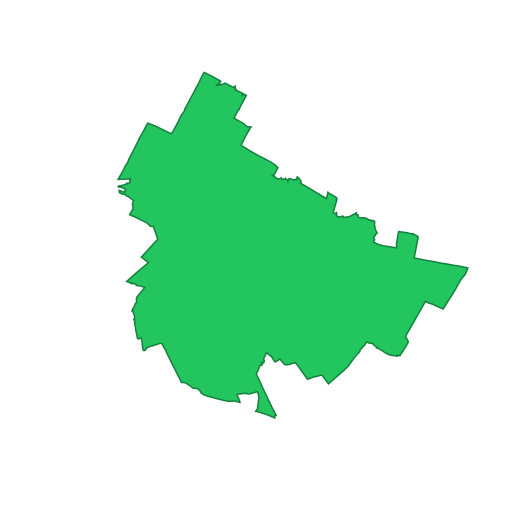 outline of Gorbanesti, Botosani, Romania, rotated 137°
{"feature_id": "2599482B80861129440907", "entity_name": "Gorbanesti", "entity_type": "district", "adm_level": 2, "iso_a3": "ROU", "parent_name": "Romania", "parent_adm1": "Botosani", "projection": "albers", "projection_center": [26.871, 47.774], "detail": "fine", "context": "isolated", "style": "filled", "palette": "green", "viewbox_px": 512, "rotation_deg": 137, "n_neighbors": 0, "source": "geoboundaries", "source_scale": "gbopen_adm2", "svg_char_len": 6133}
<svg xmlns="http://www.w3.org/2000/svg" viewBox="0 0 512 512"><g transform="rotate(137 256 256)"><path d="M384.3,300.3L384.0,298.4L384.9,297.1L385.6,295.4L386.5,293.9L387.8,292.9L388.5,293.1L388.8,292.8L389.1,291.7L389.1,290.8L389.3,290.1L389.5,289.9L390.3,290.0L390.7,289.6L392.5,286.5L392.8,285.8L393.5,285.4L395.8,281.7L397.1,279.3L398.5,277.4L398.9,276.4L398.7,275.8L398.2,275.4L396.0,274.8L397.2,272.0L400.8,267.1L402.8,263.8L402.2,263.0L400.7,262.5L399.8,263.2L398.7,263.3L396.5,262.5L395.8,262.5L393.3,261.2L392.9,260.7L390.7,260.1L388.3,258.5L387.6,258.5L386.1,257.8L385.6,257.4L384.5,255.9L385.5,252.9L386.2,249.6L386.1,248.8L387.2,246.8L395.0,220.4L395.3,219.4L395.3,218.7L396.7,214.4L394.6,212.0L394.1,211.2L392.4,204.5L392.3,203.0L392.1,202.4L391.0,200.8L389.8,199.6L389.6,199.8L389.3,199.2L388.9,195.5L389.5,193.4L389.0,190.5L387.4,187.2L384.8,182.9L379.0,173.8L375.2,168.5L374.3,167.5L370.4,164.6L369.8,163.1L368.4,161.3L367.7,159.8L367.4,160.0L366.4,162.1L364.6,167.6L363.5,167.3L358.8,163.9L356.7,161.9L355.5,160.1L354.5,159.4L347.6,155.9L348.4,153.7L349.4,151.9L351.0,149.9L355.1,146.7L359.4,143.0L360.8,143.0L362.2,142.6L361.3,141.5L356.7,133.5L352.7,124.8L351.2,126.3L350.0,125.6L347.8,133.5L343.1,148.6L337.1,166.6L336.6,169.2L327.1,173.4L326.4,172.1L325.2,172.5L324.6,173.6L324.5,174.2L323.7,172.9L323.3,172.6L323.0,172.7L321.5,173.6L320.4,175.7L319.7,176.2L318.1,176.5L317.3,177.0L316.2,177.2L315.8,177.7L315.1,177.6L314.7,177.9L314.0,177.8L313.9,175.1L313.6,173.2L313.2,171.8L313.9,168.9L314.4,165.6L313.3,165.1L310.0,164.5L309.3,164.7L308.8,164.5L309.1,159.3L309.1,157.1L308.3,155.9L305.8,154.0L303.3,152.9L299.9,151.0L300.4,146.0L302.4,130.7L297.5,128.7L289.0,124.0L290.2,113.1L270.8,112.4L263.7,112.5L252.0,114.8L245.2,115.3L244.2,116.2L243.8,116.4L242.1,116.3L241.1,116.6L239.2,116.8L236.7,116.7L235.9,117.2L233.4,117.5L233.1,117.4L232.9,116.8L233.1,116.4L232.9,115.5L231.6,113.8L230.6,113.1L230.5,110.0L230.1,108.6L230.0,108.0L230.1,107.5L229.9,107.2L230.7,106.8L229.9,105.6L229.1,103.4L228.1,100.1L227.6,97.4L226.8,95.5L226.8,94.8L226.1,93.0L225.4,92.0L224.6,91.5L224.5,90.8L224.2,90.3L223.8,89.8L222.8,89.1L222.5,88.3L222.1,87.9L221.2,86.4L219.7,86.9L219.0,84.9L208.8,87.4L203.3,89.2L202.6,90.7L201.6,95.0L198.7,96.1L185.1,100.3L163.0,107.3L161.8,103.9L159.6,100.1L158.5,97.2L155.3,89.6L134.8,95.0L122.3,99.0L116.6,99.8L116.5,99.6L111.4,101.6L109.2,102.8L113.7,109.3L117.0,113.4L122.7,121.1L125.1,124.0L131.4,132.8L134.4,136.6L141.6,146.7L124.5,159.2L124.3,160.0L125.0,162.4L125.9,164.2L125.8,165.3L126.5,165.5L127.9,167.2L129.5,169.8L135.0,176.6L143.8,170.1L145.4,168.6L146.7,166.9L148.1,166.5L154.3,174.7L156.2,176.7L157.0,178.5L159.2,182.1L159.9,184.6L160.7,185.6L160.3,186.2L159.1,186.8L158.2,186.8L158.0,187.2L158.1,188.2L157.6,189.1L156.6,189.2L155.4,189.8L154.7,189.7L153.5,190.2L151.6,190.2L151.2,192.1L150.3,194.8L148.8,196.6L147.6,198.9L146.5,199.2L145.6,200.5L145.8,201.1L146.1,202.3L147.4,203.0L147.9,203.7L147.8,204.1L148.3,204.7L148.3,205.1L149.2,206.1L149.1,206.5L149.4,207.2L149.4,207.7L149.6,208.1L149.6,208.5L150.5,209.6L151.3,209.6L151.3,210.1L151.2,210.4L151.4,210.9L153.1,212.1L154.8,214.5L153.3,216.5L154.6,218.0L154.0,218.8L153.4,218.7L153.1,219.2L155.2,219.6L159.6,220.7L162.0,221.7L163.5,223.1L164.3,223.3L165.0,224.0L165.4,224.2L165.2,224.8L165.3,225.2L165.2,225.9L167.3,227.1L169.4,228.6L169.5,229.7L169.3,230.7L169.6,230.7L167.7,232.4L167.5,232.8L169.1,233.1L170.1,234.9L168.5,236.0L158.0,242.3L158.3,243.1L157.3,243.8L157.6,244.6L157.7,245.8L158.7,248.2L158.8,249.4L159.8,251.5L159.9,253.5L165.3,249.9L170.9,269.3L173.3,277.3L173.9,278.8L172.5,279.4L171.9,280.5L171.9,281.5L171.5,283.3L171.9,283.6L172.0,284.0L171.7,284.7L171.8,285.6L172.0,285.8L172.3,285.7L174.0,284.0L174.9,284.7L174.9,285.1L175.3,285.2L175.8,285.7L176.0,285.6L176.6,286.2L178.9,290.1L181.9,288.7L181.2,290.2L181.1,290.5L181.6,291.7L181.4,292.7L182.4,292.6L183.1,293.4L184.5,293.6L184.7,294.1L184.6,295.1L184.1,295.9L185.8,296.2L187.6,297.6L188.1,299.8L188.3,301.8L189.1,303.6L187.2,303.1L179.7,305.6L179.9,306.1L180.0,307.3L179.7,308.0L180.8,313.5L183.5,321.6L185.3,326.3L188.7,337.1L191.4,346.9L188.8,348.2L183.7,350.1L175.7,352.7L174.9,352.6L174.4,353.2L173.3,353.5L171.6,353.7L173.6,355.7L174.5,357.4L174.7,358.7L174.5,359.4L175.2,363.0L177.3,369.2L177.9,371.9L170.2,374.6L168.5,375.0L168.4,374.6L166.8,375.3L166.8,375.5L153.5,380.1L154.2,382.3L156.6,382.8L154.8,383.9L154.8,384.1L156.1,387.5L157.8,391.3L157.1,391.3L156.6,393.4L155.8,393.9L155.4,394.4L157.5,394.7L159.8,400.9L160.6,403.5L161.9,403.7L166.0,406.0L166.5,406.3L167.5,407.6L168.7,407.5L168.8,407.8L167.2,407.9L164.9,407.1L162.6,407.9L164.8,415.0L167.2,421.9L168.8,425.7L174.8,423.7L178.8,422.0L193.7,416.8L198.5,415.3L203.3,413.5L207.4,412.2L207.7,412.1L207.6,411.7L210.6,410.7L211.4,410.3L212.1,410.5L213.8,410.1L218.6,408.5L220.4,407.6L234.4,402.9L236.0,406.7L240.2,417.7L241.3,420.4L244.6,427.1L255.0,423.5L261.0,421.7L261.6,421.6L262.3,421.1L263.9,420.4L283.5,413.3L285.5,412.2L290.9,410.7L293.2,409.9L293.9,409.4L304.7,406.1L302.3,404.2L299.4,401.4L298.3,400.8L297.1,399.4L295.8,398.9L295.0,398.1L295.1,397.9L295.6,397.7L296.2,397.7L297.0,397.3L297.6,396.6L297.5,396.1L297.7,395.8L299.4,395.9L300.3,396.5L300.7,396.8L300.8,397.2L301.3,396.7L302.3,397.5L303.3,397.6L304.7,398.3L305.7,399.0L306.1,398.9L308.8,401.0L309.6,400.5L308.0,398.4L306.8,396.4L306.5,395.6L306.5,394.7L305.9,393.6L306.2,393.2L306.4,393.0L307.0,393.2L308.3,392.1L308.6,392.3L311.3,397.3L312.6,395.5L312.5,394.6L311.7,393.3L311.8,392.8L311.6,392.3L310.5,391.4L309.8,390.1L309.6,389.6L309.8,389.2L309.8,388.8L308.5,384.8L308.4,383.4L308.0,382.1L307.9,379.9L310.5,378.7L311.2,378.0L312.8,375.4L314.2,374.1L315.3,374.0L320.3,372.4L318.3,367.9L313.1,354.6L313.4,354.1L313.0,352.2L312.9,351.2L313.1,349.8L310.9,347.8L316.3,335.3L340.6,333.4L339.2,324.5L356.2,325.4L368.0,325.6L366.9,323.6L365.9,320.6L365.3,320.8L364.2,318.9L363.3,317.8L363.2,317.1L363.5,316.7L363.4,315.8L361.0,312.8L358.8,308.9L371.2,307.2L372.8,306.1L375.2,303.3L376.5,303.7L380.8,301.4L381.9,301.6L382.5,300.6L383.1,300.8L384.3,300.3Z" fill="#22c55e" stroke="#15803d" stroke-width="1.5"/></g></svg>